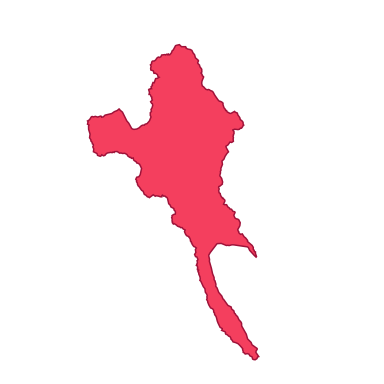 Dolores, Tolima, Colombia, rotated 112°
{"feature_id": "7082276B30807690938488", "entity_name": "Dolores", "entity_type": "district", "adm_level": 2, "iso_a3": "COL", "parent_name": "Colombia", "parent_adm1": "Tolima", "projection": "mercator", "projection_center": [-74.784, 3.628], "detail": "fine", "context": "isolated", "style": "filled", "palette": "rose", "viewbox_px": 384, "rotation_deg": 112, "n_neighbors": 0, "source": "geoboundaries", "source_scale": "gbopen_adm2", "svg_char_len": 6062}
<svg xmlns="http://www.w3.org/2000/svg" viewBox="0 0 384 384"><g transform="rotate(112 192 192)"><path d="M322.2,69.4L320.2,69.3L319.6,68.5L316.7,72.8L315.1,73.0L313.6,72.6L312.7,73.0L311.2,79.1L309.3,80.9L307.4,85.4L303.5,88.4L297.7,95.7L295.1,96.9L294.2,97.9L292.8,100.7L290.4,103.2L289.8,104.9L288.7,106.3L288.5,107.2L286.4,108.8L285.7,111.3L283.9,112.7L283.7,116.2L279.7,122.5L279.6,123.2L277.3,125.4L275.1,129.6L271.5,132.9L270.6,134.6L268.5,135.3L265.7,137.5L265.1,138.6L263.0,139.5L260.1,142.3L255.4,145.5L249.8,149.9L247.9,150.5L245.0,152.5L244.0,152.8L241.3,152.4L230.8,149.5L230.3,149.0L228.7,145.6L228.7,140.1L227.9,138.7L227.8,137.6L226.0,135.2L225.4,133.6L222.1,120.0L222.5,118.8L224.5,116.7L227.4,110.7L228.4,108.2L227.7,108.0L225.1,110.2L223.8,110.7L223.8,111.9L222.8,112.5L222.1,113.8L220.4,114.4L219.0,116.3L217.1,122.0L216.1,122.3L214.5,125.1L214.0,126.9L212.0,129.7L213.1,131.1L212.2,133.4L211.1,133.9L210.8,134.7L209.7,135.5L205.4,135.0L202.4,135.8L200.2,138.3L200.0,139.4L200.3,140.9L199.9,142.6L197.9,144.5L194.9,144.4L194.3,145.0L194.6,146.8L193.2,148.9L193.5,150.5L192.8,151.4L192.4,153.2L190.8,155.2L191.6,157.3L191.5,158.2L188.0,158.1L187.1,158.7L186.5,160.3L186.1,160.6L186.5,161.3L185.8,161.9L185.6,162.8L184.2,164.4L182.8,165.3L182.6,166.5L180.7,167.8L179.0,167.9L178.1,168.9L176.9,169.2L176.4,168.5L173.3,166.8L172.4,167.2L171.3,167.3L168.3,169.6L166.7,172.1L166.1,172.5L163.7,172.7L162.4,173.4L161.0,173.3L159.2,174.1L155.0,174.1L152.1,175.8L149.7,174.7L146.6,174.7L143.1,174.0L141.1,173.2L138.1,176.8L136.9,177.7L134.9,176.3L131.5,175.5L131.2,173.8L129.5,172.6L127.3,173.8L126.2,173.9L125.0,174.8L124.0,174.8L123.6,175.1L122.2,174.9L120.5,175.6L119.9,176.0L119.7,177.0L119.1,177.4L117.8,176.0L116.9,172.7L116.0,171.5L114.8,171.1L114.3,170.0L112.3,169.5L111.0,169.5L110.6,169.1L109.7,170.1L108.2,170.8L107.2,172.5L106.8,174.3L105.1,175.6L103.4,178.3L101.8,179.6L101.8,181.9L101.3,182.7L104.6,185.4L105.0,186.8L104.7,187.3L104.6,189.3L103.5,190.5L103.8,191.2L102.6,192.5L101.9,193.9L99.2,196.1L98.0,196.5L97.4,198.1L97.3,199.6L97.6,200.6L96.9,202.3L93.7,207.2L91.5,209.8L91.0,210.9L91.0,213.0L90.7,214.3L90.8,215.2L91.4,215.8L91.6,217.7L90.1,220.7L89.8,222.2L87.5,223.8L85.3,224.3L81.0,224.3L80.6,224.7L80.4,225.9L79.1,226.8L78.3,228.2L77.1,227.8L74.5,229.0L72.8,231.7L71.5,232.6L70.6,234.7L69.8,235.2L68.0,235.1L67.5,235.6L66.3,239.1L63.7,241.1L62.6,243.2L60.8,245.1L60.5,246.8L61.1,249.7L60.7,251.6L60.1,251.7L59.7,252.4L61.2,256.2L60.1,258.9L62.0,261.6L62.6,262.1L67.3,262.6L68.5,263.3L70.6,263.2L72.9,263.9L73.3,264.4L72.9,265.4L73.9,265.7L73.5,266.8L74.8,267.8L74.7,268.5L76.4,271.5L78.1,271.5L79.4,272.5L79.5,273.8L80.9,274.7L83.3,275.2L84.7,276.1L85.3,277.5L85.9,277.9L86.9,278.0L88.3,277.5L89.7,278.2L90.8,277.0L92.8,276.7L94.3,275.9L94.2,273.2L96.2,271.7L95.6,270.4L96.1,268.0L97.8,266.7L97.9,265.5L99.5,266.6L100.5,268.2L104.9,268.0L105.1,269.2L107.7,269.1L108.2,268.6L109.7,269.4L111.3,268.2L111.6,269.1L112.3,269.4L112.6,270.2L113.4,270.5L115.5,268.8L117.5,268.4L117.2,267.9L117.5,267.1L119.0,265.5L119.0,264.9L120.8,264.1L121.6,263.2L123.8,264.2L124.9,262.6L124.9,261.9L126.3,260.9L128.7,260.6L130.9,260.9L132.5,259.8L134.1,260.4L136.7,259.3L137.3,258.5L138.0,258.1L142.0,258.1L145.5,259.3L146.7,260.9L147.8,261.2L148.3,262.5L149.4,263.7L152.5,265.2L154.4,266.9L155.7,269.3L155.9,271.0L155.4,272.1L151.9,276.4L150.5,279.1L144.0,286.4L143.0,289.5L142.3,290.4L142.4,290.8L144.4,291.8L146.6,294.1L149.3,295.8L153.3,301.4L155.6,302.4L156.5,303.8L155.8,304.3L155.9,305.3L157.8,307.4L158.1,310.0L159.3,311.5L159.4,312.9L160.1,313.5L163.4,314.1L165.3,315.5L165.7,314.7L168.3,314.3L168.5,312.6L169.7,312.6L172.7,311.3L176.5,308.2L180.1,307.3L181.4,305.4L182.6,304.8L183.3,303.3L184.7,302.4L184.8,301.4L186.0,300.8L187.3,300.9L188.9,299.2L191.6,298.5L191.9,294.5L193.4,293.3L193.3,290.5L192.5,289.8L191.3,289.6L191.6,287.6L190.6,286.4L189.6,286.3L187.6,285.2L185.6,282.0L185.5,280.8L184.5,280.2L184.5,279.0L183.6,278.9L182.5,276.6L183.1,273.5L182.4,272.5L182.3,270.9L181.3,268.8L181.6,266.2L182.6,265.2L183.2,262.7L182.8,261.7L183.5,260.8L182.5,259.2L184.1,258.2L184.5,257.3L185.0,254.9L185.8,254.1L185.6,253.0L185.9,251.0L189.0,247.6L195.3,246.5L197.8,247.0L199.0,248.8L201.3,248.9L202.1,247.6L203.3,247.3L204.0,246.1L205.2,245.5L206.5,244.2L206.7,243.3L209.3,239.4L209.6,237.6L212.1,235.3L212.2,233.6L213.2,231.5L212.9,230.6L213.2,229.4L209.1,226.9L209.7,224.5L209.0,224.0L208.4,221.7L208.3,219.6L207.8,218.2L206.5,218.6L205.9,218.1L206.5,216.9L205.9,215.6L206.4,214.5L206.3,213.7L206.6,213.0L207.4,212.1L211.6,209.2L212.3,207.4L213.8,205.9L214.1,202.7L215.4,201.9L216.1,200.4L216.9,199.8L218.7,199.2L219.8,200.7L221.4,201.7L222.5,201.1L223.3,201.3L224.4,200.3L226.5,199.6L227.0,198.8L227.8,198.8L228.7,197.3L228.0,196.9L228.5,193.9L229.1,192.7L229.1,191.2L228.8,190.8L229.3,189.2L228.7,187.8L229.6,186.3L229.8,184.1L231.6,184.1L233.5,182.2L234.5,180.7L234.6,178.1L235.2,177.8L235.5,176.9L236.6,175.8L238.1,175.0L238.3,174.1L239.3,173.6L239.5,172.9L240.1,172.6L240.9,171.5L241.9,169.9L241.7,169.3L242.3,167.0L244.1,167.3L246.6,165.8L248.9,166.2L250.6,164.5L250.4,163.2L252.2,161.3L253.0,161.2L253.8,161.6L255.1,160.7L256.5,160.3L257.1,160.6L257.7,160.1L258.3,160.5L258.7,159.4L259.6,158.5L260.7,158.4L261.2,157.7L262.0,157.9L262.3,157.4L262.1,156.6L263.7,156.6L264.1,155.7L265.6,154.9L267.6,152.9L269.4,151.8L271.0,151.6L271.4,150.4L275.5,146.1L276.8,143.8L279.9,142.1L281.2,140.1L282.3,139.1L283.8,138.9L284.6,138.2L286.3,138.1L287.2,136.7L288.3,136.1L290.4,134.1L292.5,131.4L292.6,129.1L293.5,127.7L295.2,126.9L295.7,125.8L296.6,125.5L297.6,124.5L298.2,123.3L299.3,122.3L302.2,120.2L304.0,118.5L307.0,115.2L307.3,112.8L308.0,112.5L309.2,112.7L309.2,109.2L309.6,108.3L310.5,108.1L311.2,107.3L311.1,105.8L311.9,104.1L311.8,102.7L313.0,101.2L313.8,100.8L314.5,99.1L315.6,97.8L315.3,94.9L315.4,92.4L316.5,89.8L318.3,86.3L319.3,86.0L320.6,84.8L321.5,84.5L321.7,83.0L322.3,82.0L321.1,80.1L321.0,78.4L322.2,77.0L322.4,74.5L324.2,73.2L324.3,72.3L323.9,70.6L322.2,69.4Z" fill="#f43f5e" stroke="#9f1239" stroke-width="1.5"/></g></svg>